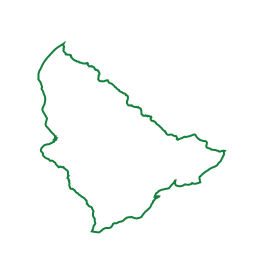 Quero, Tungurahua, Ecuador (Robinson projection), rotated 78°
{"feature_id": "8360857B96078226152486", "entity_name": "Quero", "entity_type": "district", "adm_level": 2, "iso_a3": "ECU", "parent_name": "Ecuador", "parent_adm1": "Tungurahua", "projection": "robinson", "projection_center": [-78.619, -1.43], "detail": "fine", "context": "isolated", "style": "outline", "palette": "green", "viewbox_px": 256, "rotation_deg": 78, "n_neighbors": 0, "source": "geoboundaries", "source_scale": "gbopen_adm2", "svg_char_len": 5859}
<svg xmlns="http://www.w3.org/2000/svg" viewBox="0 0 256 256"><g transform="rotate(78 128 128)"><path d="M148.2,64.0L148.1,65.2L148.8,69.4L148.8,73.5L148.3,74.3L148.3,74.9L149.1,77.1L149.3,79.3L149.6,81.2L149.9,81.6L149.1,82.6L148.9,82.6L148.6,82.1L148.1,82.0L147.4,82.3L146.4,82.4L145.8,82.8L145.5,84.2L144.8,85.1L144.5,85.7L143.9,86.0L143.3,87.3L143.2,89.4L142.9,90.5L142.1,91.4L141.2,91.8L140.2,91.9L139.8,92.4L138.8,92.4L137.9,93.5L137.0,94.2L134.9,95.3L133.9,96.1L132.9,96.6L132.3,97.2L131.6,97.6L130.8,98.5L130.3,98.8L130.1,99.2L128.1,99.9L127.6,100.4L127.2,100.6L127.0,101.3L126.3,101.7L126.0,103.1L125.4,103.7L124.0,104.1L123.5,103.9L122.6,102.9L121.7,103.0L121.3,104.4L120.6,105.0L120.5,105.4L120.6,106.5L120.0,106.7L119.9,107.5L119.3,108.1L119.6,108.4L119.5,109.7L118.9,111.0L118.4,111.0L117.3,111.9L113.0,111.3L112.7,111.4L112.5,111.6L111.9,111.5L111.7,111.6L111.0,112.5L110.6,112.7L110.2,113.6L109.6,113.8L109.8,114.6L109.0,115.6L109.0,116.9L108.0,118.3L107.8,118.9L107.2,119.2L107.0,119.9L106.6,119.9L106.6,120.3L106.3,120.9L106.4,121.4L106.1,122.6L105.7,123.1L103.4,123.9L101.9,123.5L101.6,123.2L101.1,123.2L100.6,122.6L99.8,122.3L99.1,121.9L97.0,121.6L96.4,121.8L95.9,122.4L95.5,123.2L94.4,123.2L93.8,123.9L92.9,125.5L91.8,126.5L90.3,128.6L89.6,128.9L89.1,128.8L87.8,130.3L85.7,131.5L85.2,132.2L83.9,132.8L82.0,134.1L81.3,134.8L79.9,137.0L79.1,137.4L77.1,137.9L77.2,138.7L77.0,138.9L77.0,140.3L77.3,141.5L77.1,143.1L76.5,145.0L76.0,146.1L75.5,146.2L75.1,146.7L73.9,147.0L71.8,146.0L70.8,146.0L70.2,145.6L70.0,145.0L69.0,144.6L68.1,144.6L67.2,144.8L67.1,145.0L66.4,145.3L66.0,145.2L65.6,145.6L65.3,145.6L64.7,147.0L64.3,147.2L64.3,147.6L63.8,147.7L63.5,148.3L62.6,148.3L62.1,148.5L61.7,148.5L60.7,149.9L60.4,150.0L60.0,150.5L60.3,150.8L59.8,152.1L59.7,153.2L58.7,153.5L58.2,154.1L57.8,154.2L57.3,154.2L56.8,153.8L56.4,153.9L55.9,154.3L55.9,154.9L56.1,155.4L56.2,155.9L55.5,158.5L55.2,159.2L54.3,160.5L53.8,162.0L52.8,162.5L52.2,164.0L52.2,164.4L51.5,164.8L50.7,166.2L48.9,167.7L47.9,168.3L47.3,168.4L46.7,169.0L45.9,169.1L45.2,168.7L44.8,168.9L44.8,169.1L44.0,170.6L43.7,172.0L43.0,173.6L42.2,173.3L40.0,174.8L38.7,175.1L37.7,174.4L36.5,174.5L36.0,173.9L35.4,173.7L34.7,173.7L33.4,174.3L32.0,173.3L32.8,175.1L34.2,179.2L35.6,182.3L37.7,185.6L42.4,192.2L45.3,195.6L47.4,197.7L52.7,201.8L53.5,202.7L56.6,204.4L60.0,205.0L61.4,205.5L61.9,205.5L64.7,204.2L66.2,203.9L70.1,203.5L70.4,203.8L71.2,204.3L72.2,204.3L74.9,203.4L76.9,203.3L80.2,202.7L82.1,202.9L82.8,202.9L86.0,204.1L87.7,205.0L90.2,207.0L92.0,207.9L92.5,208.0L95.4,207.3L101.7,205.2L105.7,207.2L106.9,207.7L107.9,208.0L108.9,207.8L112.9,205.4L117.2,203.2L118.5,202.1L120.7,201.1L121.2,201.2L121.1,200.9L121.4,200.8L122.4,201.4L121.9,200.5L122.6,200.6L123.4,201.9L123.4,200.2L123.7,200.5L124.4,200.7L124.5,201.8L124.8,201.5L125.0,202.3L126.3,203.5L126.2,204.4L126.7,205.5L126.8,206.6L127.3,207.8L127.4,209.0L127.2,210.5L127.3,212.8L127.8,214.1L129.4,216.4L130.1,217.1L131.5,217.9L132.5,217.9L135.2,216.4L136.9,216.9L138.0,216.4L139.7,215.2L140.7,214.1L142.0,212.0L142.6,211.7L143.0,211.6L143.9,211.1L144.1,209.2L144.7,208.2L145.6,207.5L145.9,207.4L146.9,206.3L148.1,206.2L149.2,205.7L150.3,204.9L151.9,204.1L152.0,203.1L151.6,202.5L151.7,202.0L152.1,201.6L152.7,200.8L152.8,200.3L152.7,200.1L152.7,199.3L153.5,198.9L153.9,198.9L155.8,197.3L156.1,196.9L157.5,196.0L158.1,195.8L159.1,195.9L161.2,196.5L162.4,195.9L162.8,196.7L164.1,197.6L164.5,197.5L164.8,197.0L166.0,196.6L166.4,196.9L167.1,196.9L167.7,196.7L167.8,196.5L168.2,196.8L169.8,196.7L171.5,197.3L173.8,197.2L174.2,197.0L174.5,197.1L175.1,196.9L175.7,196.4L175.9,195.0L176.2,194.5L176.8,194.2L177.4,193.6L177.8,193.5L178.0,193.0L179.5,192.5L180.8,191.6L181.1,191.1L181.5,190.6L181.9,190.5L183.0,189.8L184.8,188.0L185.8,187.4L186.2,186.7L186.6,186.4L187.7,185.2L188.6,184.9L189.9,184.1L190.4,183.6L191.2,183.8L192.3,183.7L193.7,184.1L194.5,183.1L195.7,182.9L196.7,182.1L197.0,181.2L197.7,180.3L198.4,179.9L200.0,179.8L201.1,179.3L202.5,179.1L202.8,179.5L203.2,179.7L204.6,180.1L205.3,180.1L206.2,180.5L206.9,180.5L207.6,180.2L208.7,180.1L209.1,179.7L209.6,179.4L212.1,179.9L214.6,179.8L215.7,180.7L216.1,181.5L217.5,182.4L219.7,183.4L220.0,183.8L220.8,184.1L221.6,184.9L223.3,180.6L224.0,178.3L224.0,177.5L223.0,175.8L222.8,174.9L222.2,174.3L221.3,171.9L221.3,169.7L221.4,169.1L221.9,168.1L222.0,167.2L221.6,165.4L220.4,163.8L218.7,162.6L218.5,161.6L218.2,161.1L218.7,160.0L218.7,158.4L218.4,157.4L218.1,156.9L218.0,152.7L217.1,150.9L216.3,150.0L216.0,148.8L215.4,147.9L215.5,144.9L215.9,144.1L215.7,142.8L216.4,142.1L217.3,140.6L218.2,138.6L218.3,138.1L218.2,135.4L217.9,133.7L217.6,133.1L215.5,131.1L214.4,129.6L213.2,128.0L212.6,126.5L211.9,125.6L210.8,123.6L210.0,122.6L207.3,120.6L206.0,119.1L204.9,118.8L204.6,117.9L202.9,116.2L201.6,111.7L201.4,111.6L200.9,113.0L200.8,116.2L199.8,115.6L199.5,115.3L197.9,114.2L197.5,113.6L197.2,112.5L196.0,110.9L195.4,107.6L195.5,106.2L195.3,104.2L195.5,102.6L195.4,100.3L193.3,97.9L191.0,94.5L189.2,92.9L189.2,92.5L190.3,93.0L192.1,93.5L193.7,93.2L194.1,92.9L194.8,91.9L195.8,89.5L195.9,87.3L195.7,86.1L195.0,84.0L196.1,81.0L196.1,78.9L195.9,77.8L195.1,76.7L195.9,75.9L196.2,75.3L196.5,74.0L196.6,73.1L196.2,68.6L194.7,68.7L191.0,68.4L190.5,67.9L190.1,66.9L188.9,65.2L187.2,62.1L187.0,61.3L186.2,59.4L185.9,58.3L185.4,57.5L185.0,56.5L184.3,54.1L183.9,51.4L183.5,49.9L182.6,48.0L181.7,47.4L180.9,46.3L179.5,44.0L177.3,42.5L176.2,41.4L175.2,40.8L174.2,39.8L173.6,39.5L171.6,39.3L170.5,38.1L170.0,39.5L170.0,41.8L170.2,42.5L170.1,43.5L169.7,44.2L169.3,44.3L169.0,44.6L168.5,46.0L167.9,46.7L167.4,48.4L166.6,50.4L166.5,51.0L165.5,51.6L164.6,53.3L163.7,54.7L163.2,55.1L161.7,55.2L160.2,54.3L159.2,54.0L158.3,53.9L157.9,54.0L157.3,54.5L156.8,55.2L156.8,55.7L156.2,57.2L154.7,60.1L153.9,60.4L153.1,61.5L151.1,62.7L149.1,63.4L148.2,64.0Z" fill="none" stroke="#15803d" stroke-width="2"/></g></svg>